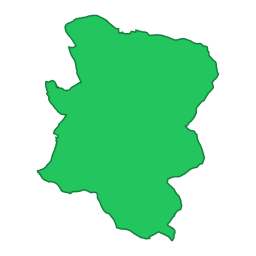 outline of Catina, Cluj, Romania
{"feature_id": "2599482B31598645365183", "entity_name": "Catina", "entity_type": "district", "adm_level": 2, "iso_a3": "ROU", "parent_name": "Romania", "parent_adm1": "Cluj", "projection": "albers", "projection_center": [24.16, 46.852], "detail": "fine", "context": "isolated", "style": "filled", "palette": "green", "viewbox_px": 256, "rotation_deg": 0, "n_neighbors": 0, "source": "geoboundaries", "source_scale": "gbopen_adm2", "svg_char_len": 5614}
<svg xmlns="http://www.w3.org/2000/svg" viewBox="0 0 256 256"><path d="M149.7,238.4L149.3,236.9L154.4,234.3L158.1,232.1L158.7,232.0L159.7,232.3L162.1,233.5L165.8,235.1L166.3,235.6L168.0,236.2L169.2,237.3L170.1,238.3L170.8,239.5L171.2,240.1L172.2,240.6L173.2,238.9L173.6,238.5L174.0,236.6L173.9,235.7L174.0,234.8L174.3,234.0L174.8,233.3L174.9,232.4L174.9,231.3L174.7,230.4L173.2,228.5L172.2,228.0L168.4,225.7L167.7,225.2L167.5,224.6L167.8,224.0L169.7,221.9L172.0,218.4L173.3,216.7L174.6,215.8L174.3,215.0L176.7,211.6L177.5,210.9L178.0,210.5L179.3,209.8L180.7,209.4L180.9,208.3L181.6,206.1L181.6,205.1L181.5,204.8L181.0,203.4L180.9,201.5L180.6,199.9L179.9,198.8L179.2,196.4L178.1,195.4L176.0,193.0L174.6,190.5L174.5,189.9L173.5,188.6L172.2,187.5L169.4,185.0L167.2,182.7L168.1,178.6L169.2,178.5L172.9,177.0L174.4,176.7L176.1,176.6L177.9,176.8L179.4,176.5L180.7,176.0L184.0,174.1L184.9,173.7L186.6,172.2L187.9,171.5L189.4,169.9L190.9,169.0L193.5,167.9L196.3,167.4L197.1,167.1L197.9,166.4L198.6,165.5L198.8,165.0L198.9,164.5L199.9,164.3L201.1,163.7L202.4,163.5L202.7,162.8L203.4,160.7L204.3,158.2L204.3,157.5L202.6,151.3L201.7,148.6L200.6,145.9L200.0,144.5L198.5,141.9L197.6,139.5L197.1,137.1L196.8,134.6L196.6,134.1L195.7,134.0L195.1,133.5L195.0,132.8L194.9,132.1L194.5,131.5L192.9,130.8L190.9,130.6L189.8,130.2L188.5,129.3L186.6,127.6L185.4,126.1L186.8,125.8L187.1,125.6L188.2,124.2L189.0,122.9L189.6,122.2L191.2,121.1L193.6,118.0L195.1,115.6L195.3,114.6L196.2,113.0L196.4,111.2L196.3,109.2L196.4,108.0L197.5,106.5L198.5,105.5L199.5,104.1L201.7,101.8L202.8,101.0L204.2,100.3L204.4,99.4L204.6,99.0L205.9,97.5L206.3,96.5L206.8,95.5L208.1,93.9L208.0,93.2L209.0,92.5L209.4,92.2L209.5,91.9L209.9,91.6L210.4,91.2L212.8,88.3L213.1,87.8L213.2,87.1L213.2,86.3L213.1,85.7L212.4,84.1L212.0,83.6L212.3,82.6L212.9,81.5L213.5,80.7L215.0,79.2L215.7,78.7L216.8,77.4L218.5,74.0L218.1,73.4L217.3,71.9L216.9,69.3L216.6,68.3L216.1,63.6L215.8,62.5L215.2,61.6L213.9,60.8L213.9,60.7L213.0,59.9L209.1,55.6L208.8,54.4L208.7,53.4L208.8,52.4L208.7,51.9L208.6,51.6L208.2,51.3L207.5,50.6L207.3,50.2L207.6,48.9L207.3,47.3L207.1,47.0L206.8,46.6L204.7,46.2L203.1,45.7L201.6,44.3L200.7,43.7L199.8,43.5L197.3,43.8L196.2,43.7L193.1,42.6L190.5,40.9L184.0,38.6L180.9,38.9L178.5,39.6L176.1,40.1L175.3,40.1L174.4,39.9L173.2,39.5L168.7,37.5L167.5,37.1L165.9,36.8L163.6,35.8L161.5,35.3L157.8,34.9L156.1,34.9L151.4,35.4L149.7,35.2L149.2,35.1L148.6,34.7L147.9,34.0L147.3,33.0L146.7,32.6L145.8,32.3L144.2,32.0L142.1,31.9L136.0,30.1L135.7,32.2L131.6,31.4L130.9,32.0L130.4,32.6L130.0,33.4L129.9,33.9L127.8,33.7L125.2,33.8L124.2,33.5L122.6,32.8L122.5,32.6L122.5,32.2L122.1,32.2L122.0,33.1L119.9,32.7L118.8,32.8L118.5,28.7L117.0,28.8L116.5,28.7L115.3,28.1L114.3,27.4L111.7,25.1L108.3,22.5L107.3,21.4L107.5,21.3L106.1,20.2L103.0,18.3L99.7,16.9L98.4,16.1L97.1,15.6L96.1,15.4L93.2,15.4L88.8,16.1L86.6,16.9L85.6,17.5L84.9,17.3L84.1,17.3L83.4,17.4L81.6,18.1L80.4,18.0L79.6,18.1L78.6,18.5L76.6,18.6L76.0,19.0L74.8,19.6L74.0,20.2L73.2,21.2L71.4,22.0L70.4,22.6L68.0,23.4L67.1,23.8L65.6,25.5L65.3,26.3L65.1,27.2L65.3,28.6L66.1,31.9L66.2,32.1L66.8,32.5L67.3,33.3L67.5,33.9L68.0,34.3L68.6,35.3L70.9,37.8L76.2,45.8L75.9,46.2L75.1,46.4L74.0,47.1L73.2,47.5L72.8,47.5L72.4,47.7L71.6,47.3L71.3,47.6L70.5,47.7L70.2,47.5L69.4,47.6L69.1,46.8L68.8,46.9L69.0,47.6L69.0,48.1L70.1,51.9L70.6,52.3L70.5,53.2L71.1,54.3L71.4,55.3L71.7,55.5L71.8,55.8L72.3,56.8L72.4,57.1L72.5,57.3L73.5,58.4L73.7,59.0L74.2,59.2L74.3,59.4L74.5,60.2L75.3,62.1L75.3,62.7L75.4,63.2L75.5,63.8L75.8,64.5L75.7,64.9L76.1,66.1L76.0,66.6L76.3,67.8L76.2,68.7L76.3,68.9L76.5,69.1L77.0,70.4L77.1,71.5L77.0,72.2L76.9,72.6L77.1,73.3L77.1,73.9L77.7,75.0L78.0,75.2L78.3,75.6L78.4,75.9L78.3,76.7L78.8,77.1L81.2,82.6L79.4,82.7L78.7,82.9L77.4,84.1L72.0,87.2L71.2,87.8L69.6,89.7L69.3,89.9L67.3,90.3L67.3,90.5L65.5,90.5L64.0,90.1L63.1,89.2L62.7,88.8L62.2,88.4L61.1,88.2L59.6,88.2L57.9,86.8L57.7,86.8L57.5,87.0L57.4,87.6L56.4,87.1L56.2,86.9L56.5,86.4L56.6,85.5L56.4,84.9L55.7,84.0L55.5,83.2L54.7,81.9L53.6,81.0L52.5,80.5L51.0,81.0L49.1,81.9L47.9,82.0L47.2,81.7L45.9,81.7L45.9,82.7L45.7,83.7L45.9,85.7L45.9,86.8L46.4,88.0L46.8,89.9L48.0,92.3L46.7,93.5L48.1,95.7L49.0,96.7L49.0,97.0L48.8,98.0L48.8,99.3L49.1,100.2L49.4,100.6L50.7,102.8L51.8,104.1L52.6,104.8L54.6,107.6L56.4,109.6L57.0,110.2L57.8,111.5L60.5,113.6L61.0,114.0L63.5,114.5L66.3,114.8L63.8,119.0L61.2,122.0L59.4,123.7L58.8,124.5L58.6,126.0L54.8,130.1L54.4,130.9L53.8,132.5L53.6,133.4L56.6,134.7L58.0,135.2L58.1,135.4L57.7,137.8L56.0,137.4L56.4,138.9L56.3,139.6L56.0,140.9L56.5,141.4L57.0,141.6L56.0,145.0L56.1,145.5L56.3,145.9L55.9,146.1L55.3,147.4L54.6,150.0L52.6,154.8L51.9,157.2L51.5,159.0L50.9,160.7L50.6,161.3L49.1,163.1L47.0,165.1L45.8,167.1L42.7,169.2L41.3,169.6L38.1,171.0L37.9,171.1L37.6,170.9L37.5,171.5L38.0,172.2L38.1,172.5L38.9,172.8L39.2,173.1L39.3,174.0L39.5,174.1L39.9,174.0L40.8,175.7L41.3,176.4L42.0,177.8L43.2,179.0L44.3,179.8L48.9,181.9L49.6,181.9L51.5,181.6L52.7,181.9L55.3,182.9L56.9,183.9L58.1,185.1L58.9,186.5L59.2,186.6L60.0,187.9L61.2,190.2L61.6,190.8L62.4,191.4L65.7,192.3L67.0,192.4L68.2,192.7L69.7,193.3L70.1,193.6L70.7,193.4L72.0,192.3L72.3,191.7L72.6,191.5L74.6,191.7L77.0,191.6L79.3,191.2L81.3,190.7L84.0,189.7L87.4,190.9L89.9,192.0L90.0,192.4L91.8,192.6L94.2,192.2L95.4,192.4L96.9,193.0L97.0,193.2L97.3,194.1L97.4,195.5L97.5,198.1L98.0,199.1L99.9,202.0L101.4,206.3L101.9,207.2L102.6,208.1L102.8,209.1L105.4,212.1L107.1,213.2L109.1,213.7L114.1,220.1L116.2,225.2L116.7,227.6L120.4,228.8L126.4,229.3L129.8,230.4L134.2,233.6L141.0,237.6L141.8,237.8L142.2,237.5L145.8,238.8L149.7,238.4Z" fill="#22c55e" stroke="#15803d" stroke-width="1.5"/></svg>